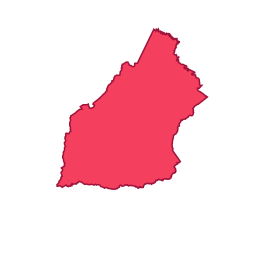 the district of Astrea, Cesar, Colombia, rotated 325°
{"feature_id": "7082276B48671387332315", "entity_name": "Astrea", "entity_type": "district", "adm_level": 2, "iso_a3": "COL", "parent_name": "Colombia", "parent_adm1": "Cesar", "projection": "mercator", "projection_center": [-73.95, 9.507], "detail": "fine", "context": "isolated", "style": "filled", "palette": "rose", "viewbox_px": 256, "rotation_deg": 325, "n_neighbors": 0, "source": "geoboundaries", "source_scale": "gbopen_adm2", "svg_char_len": 5834}
<svg xmlns="http://www.w3.org/2000/svg" viewBox="0 0 256 256"><g transform="rotate(325 128 128)"><path d="M214.6,120.5L211.8,115.5L210.2,115.7L209.7,115.4L209.7,114.7L210.9,114.4L211.4,114.1L211.4,113.8L211.0,113.3L209.9,113.1L209.2,112.6L208.4,111.6L208.5,110.8L208.7,110.5L209.1,110.5L209.4,111.3L209.8,111.7L211.3,111.5L211.5,110.7L211.1,110.0L210.2,109.3L210.1,108.3L209.8,107.8L207.9,106.1L207.8,104.9L207.0,103.5L207.8,102.5L207.9,102.0L207.6,101.5L206.7,101.1L206.5,100.4L207.1,100.0L208.5,100.7L208.5,99.4L210.3,99.1L210.2,98.8L209.4,98.8L208.8,98.4L208.8,97.3L209.3,96.7L209.6,95.8L209.5,95.5L208.3,94.9L208.1,93.7L208.3,93.0L209.8,92.3L210.3,91.8L210.3,91.0L211.0,91.0L212.0,90.1L212.4,90.1L213.8,89.5L213.6,88.9L214.6,88.3L214.7,88.0L215.1,87.9L215.1,87.5L216.3,87.5L217.0,87.0L217.3,87.5L217.9,87.1L219.0,87.3L219.4,87.0L219.5,86.7L219.1,86.3L218.9,85.6L218.0,85.7L218.6,85.2L218.1,84.6L218.3,83.5L219.2,83.4L219.4,82.8L218.0,81.9L217.1,82.1L217.2,81.4L216.0,81.4L216.1,81.2L216.8,80.7L216.4,79.9L215.7,80.9L215.5,80.6L215.2,79.4L216.1,78.7L215.4,78.5L215.0,77.6L215.8,77.8L216.1,76.7L215.0,76.6L214.7,76.0L215.6,76.0L216.0,75.7L216.1,74.7L215.8,74.5L214.9,74.8L214.7,74.6L215.8,73.6L214.7,74.0L214.6,73.4L213.6,73.3L213.6,72.4L212.5,73.1L212.4,72.4L211.6,72.2L211.6,71.5L212.1,71.0L212.2,70.5L212.0,70.3L211.4,70.8L210.1,71.0L210.0,70.6L210.8,69.9L209.6,69.4L210.8,68.5L210.0,68.1L210.0,67.0L209.7,66.9L209.4,67.6L209.2,67.0L208.5,67.0L208.2,66.5L208.5,65.8L209.4,65.1L209.5,64.6L208.8,65.1L208.1,65.0L208.4,63.8L208.1,63.4L207.6,64.3L206.8,64.5L207.1,64.1L206.5,63.7L206.2,62.6L205.3,62.8L204.8,63.3L205.2,62.3L172.7,80.4L170.9,78.9L170.3,79.1L169.5,80.5L168.7,81.1L166.9,80.4L166.3,78.6L165.1,77.3L165.6,75.2L165.7,74.1L165.5,73.7L164.1,73.0L162.4,72.9L161.2,73.1L159.9,72.5L158.2,73.9L158.0,74.8L157.4,75.3L156.8,75.2L156.8,75.7L156.1,76.8L154.0,77.4L151.7,80.0L150.2,79.3L149.0,78.2L147.2,78.0L145.7,78.6L144.6,79.7L143.4,80.5L143.1,81.0L141.8,80.2L141.3,81.2L138.6,81.8L137.0,81.7L136.1,82.0L133.4,83.6L132.4,84.6L132.1,85.4L130.4,85.5L129.0,86.3L127.5,86.2L123.7,87.0L119.6,87.5L114.1,87.7L113.0,88.3L113.7,90.1L111.8,91.2L109.1,90.7L107.8,89.6L108.3,88.6L108.3,87.4L109.2,85.7L107.6,85.3L105.0,83.5L104.4,83.2L101.2,83.1L101.4,84.9L101.2,86.2L99.3,85.0L95.6,85.1L93.8,85.5L87.9,85.3L87.6,86.0L86.2,86.6L85.7,88.2L84.4,89.7L83.4,90.2L82.2,91.9L81.5,93.0L81.4,94.3L79.8,96.2L79.4,97.8L77.9,97.8L76.7,98.6L76.1,98.7L74.9,97.2L74.3,96.8L73.3,97.3L72.8,98.5L72.1,99.1L71.3,99.2L71.1,99.9L70.3,100.4L70.0,101.9L69.3,103.0L68.7,103.3L67.6,103.4L66.6,105.1L66.2,107.1L64.7,107.7L63.7,109.2L62.6,110.2L61.5,110.5L60.7,111.3L59.6,113.0L58.5,113.4L57.4,115.0L57.4,116.3L56.6,117.6L55.8,119.9L56.2,120.1L56.2,120.5L54.7,121.6L54.3,122.7L53.6,122.9L52.8,122.4L51.9,122.8L51.0,122.4L50.5,122.5L50.4,123.1L50.8,124.0L50.7,124.4L49.4,125.7L47.7,125.9L47.0,127.7L46.9,128.7L46.5,129.2L46.4,129.8L45.2,129.8L44.9,130.3L44.2,130.5L43.8,131.4L40.8,132.1L40.4,132.8L39.9,133.2L37.3,133.7L37.2,134.3L36.5,135.0L37.5,135.7L38.6,135.8L39.6,137.1L40.0,138.8L44.6,139.2L44.6,140.5L44.9,140.6L45.2,141.2L45.5,141.3L45.4,141.7L45.7,141.9L46.2,141.8L47.1,142.4L47.4,142.1L48.4,142.8L48.4,142.4L48.9,142.5L48.8,142.3L49.0,141.9L49.6,142.1L49.8,141.8L50.1,142.3L50.4,141.8L51.0,142.7L51.9,143.0L53.7,144.3L53.9,144.2L54.0,143.7L54.7,144.0L56.3,144.1L56.8,143.6L57.4,143.7L59.0,146.0L59.7,148.2L60.3,149.4L61.6,150.0L64.0,152.5L65.0,152.7L66.3,153.7L67.5,155.3L69.1,155.5L69.3,156.6L70.6,156.9L71.4,157.6L72.2,158.7L72.2,160.4L73.4,161.7L73.6,162.5L74.0,162.8L74.3,163.9L75.7,163.9L76.5,164.8L77.0,166.1L78.6,167.3L79.0,168.0L80.1,169.1L80.8,169.5L81.6,170.3L82.9,170.9L84.1,171.0L84.4,171.5L85.6,171.2L87.1,171.5L88.0,170.5L89.0,170.4L89.4,170.7L89.4,171.5L90.0,172.5L90.8,172.6L91.5,173.1L92.7,172.9L93.4,173.6L94.5,173.6L94.9,174.1L94.7,174.7L95.3,175.4L95.3,175.8L96.4,176.0L97.5,177.0L98.1,177.0L98.3,177.5L99.9,179.1L99.9,179.5L100.9,180.1L101.0,180.5L100.7,180.9L101.4,181.4L101.6,182.8L102.2,183.3L102.5,182.9L103.9,182.6L104.2,183.0L104.0,183.4L104.4,183.6L104.3,184.1L106.4,185.4L106.9,185.0L106.9,184.6L107.5,184.5L108.0,184.0L108.8,183.9L109.1,183.6L109.6,183.5L110.2,184.1L111.1,183.9L111.7,184.4L112.2,184.4L112.4,184.9L113.1,185.3L113.4,185.9L114.4,186.0L114.9,186.4L114.8,187.5L116.7,187.6L117.2,188.1L118.3,187.9L119.0,188.1L119.2,187.7L120.5,187.5L120.9,187.0L122.2,187.8L122.5,187.4L123.9,187.7L124.4,189.0L125.8,189.7L125.6,190.4L126.2,190.9L126.5,190.6L127.0,190.8L127.6,190.2L128.0,190.5L129.1,190.7L129.6,191.4L129.9,191.3L130.3,192.1L131.0,192.4L131.3,193.0L132.2,193.1L132.7,193.6L133.2,193.7L133.9,193.3L134.6,193.5L135.1,193.1L135.6,192.1L136.0,192.4L136.3,191.9L137.5,191.3L139.6,191.0L140.3,191.6L140.7,191.3L141.3,191.5L142.1,191.1L142.0,190.7L143.0,190.1L143.0,189.0L143.6,188.5L143.5,186.5L143.8,185.9L144.6,185.9L144.9,185.6L145.2,185.8L146.8,185.6L147.9,185.9L148.3,184.6L149.7,185.7L151.6,185.5L151.6,172.1L153.0,170.7L153.4,168.8L154.7,166.6L155.5,166.0L157.6,163.4L158.9,162.6L160.9,160.3L162.6,160.1L164.1,160.2L166.6,159.1L168.5,157.1L168.7,156.4L169.2,156.1L169.4,155.6L170.2,155.5L171.3,155.8L172.3,153.8L173.5,153.6L175.2,152.9L175.7,151.9L176.5,152.1L176.9,152.8L178.5,152.6L180.2,153.7L181.4,153.3L183.4,153.6L184.4,153.1L185.8,153.0L187.2,154.5L188.1,154.6L189.4,154.0L190.1,153.1L190.8,152.8L190.7,152.1L191.7,151.2L192.3,149.2L193.8,149.0L194.7,148.3L197.4,148.5L198.1,148.2L199.0,148.8L210.8,148.1L210.5,147.4L210.4,146.6L209.6,146.1L209.7,145.4L209.3,143.5L207.9,139.7L207.0,138.2L206.9,137.4L207.2,135.9L207.7,135.2L208.1,135.4L209.0,136.3L212.9,135.4L211.5,134.4L211.3,133.8L212.5,132.2L214.2,128.9L214.0,127.3L212.8,125.9L212.7,125.4L213.7,123.4L213.4,122.8L211.2,121.4L210.9,120.7L211.6,120.0L213.8,121.0L214.4,121.1L214.6,120.5Z" fill="#f43f5e" stroke="#9f1239" stroke-width="1.5"/></g></svg>